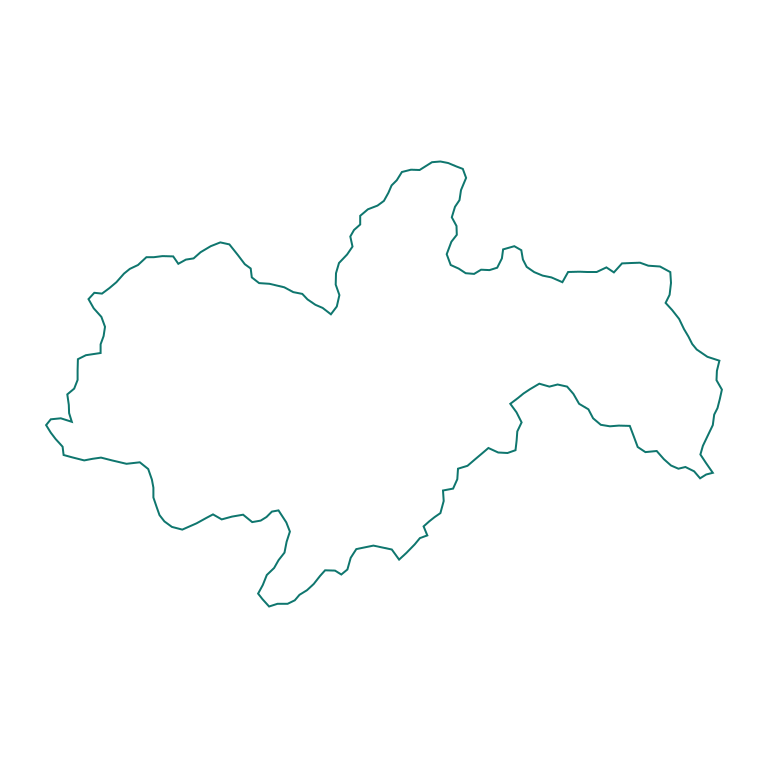 Marechal Floriano, Espírito Santo, Brazil (Mercator projection)
{"feature_id": "56859067B31532180406364", "entity_name": "Marechal Floriano", "entity_type": "district", "adm_level": 2, "iso_a3": "BRA", "parent_name": "Brazil", "parent_adm1": "Espírito Santo", "projection": "mercator", "projection_center": [-40.766, -20.433], "detail": "fine", "context": "isolated", "style": "outline", "palette": "teal", "viewbox_px": 768, "rotation_deg": 0, "n_neighbors": 0, "source": "geoboundaries", "source_scale": "gbopen_adm2", "svg_char_len": 3068}
<svg xmlns="http://www.w3.org/2000/svg" viewBox="0 0 768 768"><path d="M645.4,452.1L656.7,451.0L663.9,459.2L671.0,465.5L678.4,468.7L685.4,467.0L694.1,471.3L700.1,478.3L706.2,474.5L712.8,472.8L705.8,462.7L700.4,454.5L702.9,445.8L708.4,434.3L712.8,425.1L714.2,414.6L717.5,408.1L719.8,399.1L721.9,389.6L716.5,380.2L716.9,370.9L719.4,360.7L707.4,356.8L696.7,349.5L692.2,344.0L688.4,336.5L684.0,329.1L679.1,318.9L672.1,310.0L665.6,302.9L669.6,294.8L671.0,282.9L670.3,272.1L660.0,266.5L648.3,265.7L640.0,262.7L631.5,263.0L622.0,263.4L613.9,272.4L606.4,267.4L596.7,272.0L587.2,272.0L579.5,271.7L568.1,272.0L562.4,282.2L551.4,277.4L542.6,275.6L534.2,272.1L526.7,266.9L522.9,259.5L521.3,250.2L514.3,246.2L503.1,249.4L501.9,258.4L497.2,267.7L489.5,270.1L481.1,269.7L474.1,273.9L465.7,273.2L458.7,268.6L450.7,265.0L446.7,254.2L451.4,241.7L456.8,234.8L456.5,226.0L451.8,217.3L455.0,206.8L459.5,200.1L461.0,190.1L466.1,177.9L462.8,168.9L456.5,166.5L448.1,163.0L440.4,161.5L432.0,162.2L419.6,170.0L411.0,169.7L401.9,172.0L396.8,180.2L391.6,185.4L388.4,192.8L383.9,200.9L377.5,205.6L367.9,209.3L360.2,215.8L360.2,224.5L354.0,230.0L350.3,236.5L352.5,246.6L347.1,254.5L339.0,263.0L336.0,273.2L335.7,284.6L339.4,295.1L336.8,306.5L330.9,314.3L322.6,307.9L315.4,304.8L307.5,299.4L302.3,293.9L293.2,292.1L284.3,287.3L269.5,283.8L259.1,283.1L251.8,277.4L250.7,268.5L244.8,264.2L238.0,255.2L229.4,244.4L220.3,242.4L210.7,246.2L200.6,252.2L193.6,258.4L185.9,259.6L178.3,263.8L173.2,256.4L162.5,256.1L153.8,257.2L146.4,257.2L138.0,265.0L129.8,268.9L124.0,273.6L116.4,282.2L109.4,288.1L102.0,293.6L94.3,292.8L88.5,299.1L93.7,308.3L101.4,316.9L105.0,326.8L103.6,336.1L100.6,344.3L100.6,353.0L92.6,354.2L85.9,355.2L77.9,359.2L77.6,370.5L77.6,379.9L74.2,388.6L67.3,394.4L68.8,404.9L69.1,413.1L71.8,421.8L60.8,418.3L50.8,419.3L46.1,425.1L50.8,432.7L55.6,439.0L62.6,446.7L63.6,455.0L72.0,457.3L84.2,460.4L92.6,458.8L101.0,457.6L112.0,460.4L126.5,463.8L139.8,462.3L148.2,469.0L151.9,479.6L153.4,487.7L153.4,497.5L156.7,507.2L159.5,515.1L164.4,521.4L171.9,526.9L182.3,529.6L196.6,523.3L206.4,517.9L213.0,514.4L221.7,519.4L232.0,516.6L243.1,514.7L252.2,522.1L260.7,520.6L266.5,517.0L271.9,511.6L278.5,510.4L286.3,522.4L289.9,531.6L286.6,541.8L284.5,552.6L278.6,560.1L274.1,568.0L266.8,575.0L262.8,585.0L258.1,593.6L262.5,599.2L269.1,606.5L277.5,603.8L287.6,603.8L294.8,600.3L299.5,594.8L307.0,590.2L313.7,584.0L320.0,576.0L325.1,570.3L335.0,570.6L341.3,574.5L347.4,569.5L350.7,557.8L356.3,549.1L373.4,545.6L391.8,549.5L399.1,559.6L406.3,553.0L414.7,544.4L419.9,538.1L427.3,535.4L423.6,526.4L429.2,521.4L434.6,517.1L440.4,513.1L443.7,501.0L443.0,490.5L453.1,488.6L457.3,479.2L458.0,468.7L467.5,465.8L475.2,459.2L482.2,453.3L488.4,448.0L498.2,452.5L507.5,453.0L515.5,450.2L516.6,440.8L517.3,431.4L521.6,422.4L516.5,412.3L510.3,403.8L517.6,398.3L523.5,393.5L530.0,389.2L539.3,383.7L549.4,386.6L557.6,384.5L567.1,386.6L573.4,393.9L579.1,403.8L588.4,409.3L593.1,418.3L600.8,424.8L609.9,426.3L618.8,425.6L629.8,425.9L634.0,437.0L637.7,447.0L645.4,452.1Z" fill="none" stroke="#0f766e" stroke-width="2"/></svg>